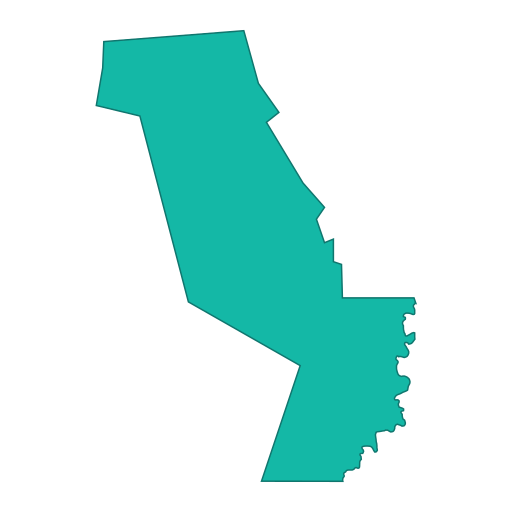 outline of Ulang, Upper Nile, South Sudan
{"feature_id": "79223893B95619836669451", "entity_name": "Ulang", "entity_type": "district", "adm_level": 2, "iso_a3": "SSD", "parent_name": "South Sudan", "parent_adm1": "Upper Nile", "projection": "albers", "projection_center": [33.135, 8.552], "detail": "fine", "context": "isolated", "style": "filled", "palette": "teal", "viewbox_px": 512, "rotation_deg": 0, "n_neighbors": 0, "source": "geoboundaries", "source_scale": "gbopen_adm2", "svg_char_len": 3307}
<svg xmlns="http://www.w3.org/2000/svg" viewBox="0 0 512 512"><path d="M342.8,481.3L342.7,481.0L342.7,479.0L343.1,477.8L344.1,476.5L344.2,475.8L343.8,474.8L343.7,473.7L344.2,472.7L345.6,471.9L346.4,470.6L347.6,470.1L348.7,470.0L350.8,470.0L352.2,470.0L353.8,469.3L354.9,468.1L355.6,467.6L356.5,467.6L357.0,468.0L358.0,468.2L358.8,468.1L359.4,467.4L359.6,466.1L359.6,465.0L359.7,462.9L359.7,461.8L360.1,460.9L360.6,460.1L361.3,459.3L361.2,458.5L361.0,456.5L360.0,455.0L360.0,454.1L360.6,453.6L361.7,453.4L362.7,453.4L363.2,452.4L363.6,451.2L363.1,449.8L362.3,449.0L362.0,448.1L361.9,447.4L362.3,446.8L363.2,446.4L364.6,446.1L367.0,446.0L369.9,446.2L371.5,446.9L372.7,448.4L373.8,450.6L374.7,452.0L375.7,452.0L376.5,451.6L377.3,450.3L377.2,449.2L376.9,448.0L376.9,445.8L376.7,443.6L376.2,441.6L376.0,439.2L375.7,437.3L375.4,434.7L375.9,433.2L376.0,432.4L377.4,431.7L378.9,431.6L380.8,431.3L382.3,431.0L384.6,430.7L385.5,430.1L387.7,430.2L389.3,431.2L390.6,431.9L391.9,431.8L393.1,431.4L393.7,430.8L394.3,429.8L394.8,428.0L394.7,426.7L395.4,425.7L396.1,424.7L397.4,424.2L398.4,424.6L400.6,425.3L401.9,426.1L403.2,426.0L404.2,425.7L404.7,425.1L405.3,423.9L405.3,422.6L404.9,421.2L404.6,420.2L403.7,419.5L402.9,418.9L402.4,417.0L402.2,415.7L402.2,414.4L401.8,413.7L400.9,412.6L401.1,411.6L402.1,411.0L403.5,410.7L403.6,410.1L403.6,409.0L402.6,408.3L400.6,407.6L399.1,407.1L398.4,405.2L398.3,403.9L399.1,402.1L399.1,400.9L398.4,400.3L398.0,399.9L396.8,399.8L395.8,400.0L394.9,399.7L394.5,399.0L394.5,398.1L394.8,397.4L395.7,396.1L396.4,395.3L398.0,394.5L400.0,393.8L401.6,393.0L403.0,392.2L404.4,391.7L406.1,391.0L407.5,390.2L407.7,389.6L407.9,388.3L408.3,386.3L409.0,384.9L409.7,383.6L410.0,381.9L409.6,380.1L408.9,378.7L407.3,377.3L405.9,376.6L404.5,376.1L403.4,376.1L402.7,376.1L401.7,376.4L401.1,376.3L400.2,376.0L398.9,375.3L398.0,374.1L397.2,371.9L396.6,369.5L396.5,368.6L396.5,367.1L396.5,365.6L397.2,364.0L398.0,362.7L398.0,361.5L397.4,360.6L396.1,359.5L395.9,358.5L396.3,357.1L397.1,356.0L397.9,356.0L398.4,356.5L398.8,356.8L399.2,356.6L399.6,356.4L401.3,356.6L402.7,357.0L404.2,357.5L405.9,357.0L407.0,356.4L407.5,355.8L408.1,354.9L408.7,353.2L408.7,351.6L408.1,350.1L406.9,348.3L406.3,347.0L404.7,344.7L404.6,343.7L404.8,342.9L405.2,342.5L406.8,342.5L407.7,342.8L408.2,343.4L408.6,344.1L409.1,344.1L410.4,343.8L411.6,343.3L412.9,341.9L414.2,340.1L414.9,339.2L414.7,337.1L414.7,335.5L414.7,333.8L414.7,332.9L414.2,332.7L413.5,332.6L411.7,333.2L410.2,334.2L408.3,335.2L406.9,336.0L405.9,335.9L405.4,335.7L405.1,334.5L404.9,333.6L404.1,332.5L403.9,331.2L403.5,329.5L403.4,327.6L403.4,325.7L402.6,324.2L402.5,323.1L402.8,321.6L404.2,320.1L405.3,319.3L405.4,318.3L405.3,317.4L404.5,317.1L403.4,316.6L403.4,315.8L403.7,314.7L404.3,314.0L406.0,313.1L407.5,313.1L408.9,313.2L410.4,313.5L411.9,314.1L413.1,314.5L413.7,314.4L414.3,314.2L414.7,313.5L414.7,312.3L414.7,311.4L414.7,310.1L414.5,309.0L413.9,307.8L413.4,306.9L413.4,305.9L413.6,305.0L414.2,304.4L414.9,303.9L415.1,302.9L415.4,302.7L415.7,302.9L414.0,297.9L342.4,297.9L341.5,264.4L333.4,261.7L333.4,239.1L324.5,242.7L316.4,219.2L324.5,207.4L303.0,183.0L266.4,122.3L278.9,112.4L258.4,83.4L243.8,30.7L103.8,41.6L102.7,67.9L96.3,105.5L139.9,116.0L188.4,301.9L300.2,365.6L261.5,481.2L342.8,481.3Z" fill="#14b8a6" stroke="#0f766e" stroke-width="1.5"/></svg>